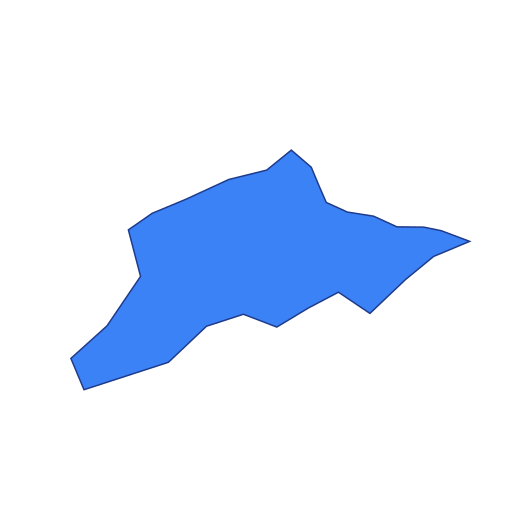 the district of Temvria, Nicosia, Cyprus, rotated 342°
{"feature_id": "46923920B57973274599513", "entity_name": "Temvria", "entity_type": "district", "adm_level": 2, "iso_a3": "CYP", "parent_name": "Cyprus", "parent_adm1": "Nicosia", "projection": "natural_earth1", "projection_center": [32.889, 35.023], "detail": "fine", "context": "isolated", "style": "filled", "palette": "blue", "viewbox_px": 512, "rotation_deg": 342, "n_neighbors": 0, "source": "geoboundaries", "source_scale": "gbopen_adm2", "svg_char_len": 528}
<svg xmlns="http://www.w3.org/2000/svg" viewBox="0 0 512 512"><g transform="rotate(342 256 256)"><path d="M322.3,166.2L292.7,177.6L253.8,174.8L206.6,180.4L170.5,183.3L142.7,191.7L139.9,239.7L92.7,276.4L48.3,296.2L51.1,330.0L101.1,330.0L139.9,330.0L187.2,307.5L226.0,307.5L253.8,330.0L289.9,321.6L323.2,315.9L346.6,345.8L390.9,324.6L424.8,311.3L463.7,308.1L439.9,289.1L424.5,280.4L399.0,271.8L380.2,254.5L356.4,242.4L339.4,226.8L337.7,209.5L336.0,188.7L322.3,166.2Z" fill="#3b82f6" stroke="#1e3a8a" stroke-width="1.5"/></g></svg>